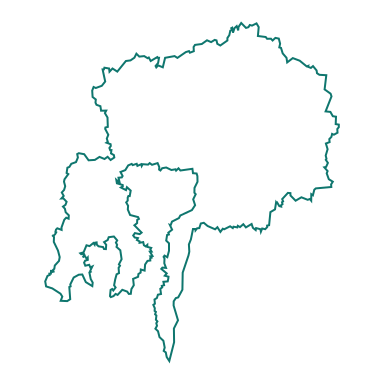 the district of Valparaíso, Zacatecas, Mexico
{"feature_id": "50627088B82719227645546", "entity_name": "Valparaíso", "entity_type": "district", "adm_level": 2, "iso_a3": "MEX", "parent_name": "Mexico", "parent_adm1": "Zacatecas", "projection": "equal_earth", "projection_center": [-103.872, 22.665], "detail": "fine", "context": "isolated", "style": "outline", "palette": "teal", "viewbox_px": 384, "rotation_deg": 0, "n_neighbors": 0, "source": "geoboundaries", "source_scale": "gbopen_adm2", "svg_char_len": 5901}
<svg xmlns="http://www.w3.org/2000/svg" viewBox="0 0 384 384"><path d="M47.5,275.9L45.2,281.4L46.1,286.4L52.3,288.4L60.5,293.7L62.3,296.6L60.7,300.8L67.2,301.1L70.2,299.2L69.3,287.0L70.6,286.4L70.3,284.4L73.7,277.5L78.8,274.7L82.3,274.5L85.8,282.1L92.3,286.1L92.7,282.6L90.7,279.0L89.4,272.5L90.7,271.8L90.1,271.1L92.3,266.5L90.3,267.4L89.2,264.8L85.3,265.7L84.1,262.7L85.1,260.7L87.8,259.9L87.7,257.6L87.3,258.1L86.6,258.7L84.7,255.7L82.8,257.4L84.3,254.5L83.8,253.7L81.2,254.2L80.3,253.3L83.6,252.3L86.5,245.3L89.6,246.1L93.4,243.0L94.6,244.7L95.0,242.7L96.6,242.4L96.8,244.6L98.5,246.3L103.1,247.1L104.0,249.0L105.9,249.1L106.2,244.8L104.1,242.1L107.7,240.0L108.7,237.2L113.9,236.5L117.2,240.4L115.9,242.6L117.1,244.8L116.5,246.9L120.3,250.3L121.6,259.2L118.9,264.4L120.0,265.7L118.6,267.8L119.0,273.1L116.6,274.3L115.2,279.4L114.1,285.3L115.6,287.5L113.3,290.5L112.2,289.0L110.6,289.9L110.0,296.1L110.8,297.1L113.5,296.1L115.6,293.9L117.6,294.9L122.3,289.8L127.2,291.6L128.8,293.9L130.8,293.8L131.4,289.1L133.8,285.2L133.1,278.9L138.1,276.8L138.4,274.0L140.6,272.6L140.8,269.5L144.6,270.6L145.1,264.5L147.5,260.9L150.3,260.5L150.2,258.2L151.5,257.7L150.4,256.3L152.5,256.0L149.9,251.7L151.6,251.6L150.3,249.5L151.2,247.9L147.3,246.9L147.3,244.9L145.7,246.4L143.9,245.2L143.2,242.1L139.5,242.8L139.6,241.4L136.9,240.0L137.9,238.1L134.7,237.5L133.2,235.5L134.9,233.1L139.7,234.1L141.6,232.6L134.4,225.3L137.1,223.1L137.2,219.9L138.9,218.9L138.1,217.1L130.1,215.0L127.8,209.5L128.1,205.8L126.2,202.4L127.7,200.6L127.7,197.6L128.4,196.0L129.7,196.1L130.7,190.6L126.9,187.2L126.0,190.1L120.9,187.5L122.8,186.3L122.7,185.0L116.9,183.3L116.3,179.8L119.7,182.8L118.5,177.7L121.8,177.4L122.6,176.0L120.5,172.0L125.3,170.1L128.2,165.4L131.7,163.9L132.7,165.1L136.7,163.8L137.4,165.9L141.2,164.2L141.7,166.0L142.7,164.2L148.1,164.6L149.7,163.1L152.0,164.8L157.6,163.1L159.3,167.1L159.1,169.6L160.4,170.5L162.2,168.2L166.2,167.5L171.4,170.0L175.5,169.3L176.1,170.6L178.5,168.3L180.4,170.5L192.4,168.8L193.0,173.2L196.6,173.5L197.4,176.1L197.5,181.8L194.5,187.9L194.4,192.7L195.7,194.2L193.2,199.3L195.1,205.2L191.9,210.1L180.3,215.5L178.9,218.1L172.0,221.6L170.6,225.3L169.9,225.0L172.1,229.7L168.3,232.7L168.9,234.5L167.1,235.0L166.2,240.6L169.0,243.3L169.0,250.8L167.3,257.2L164.5,255.6L163.6,256.9L164.5,258.5L164.3,263.3L166.0,267.9L162.4,267.6L161.3,268.9L166.7,273.4L164.8,275.7L168.5,276.7L168.3,278.6L167.7,281.4L163.4,281.8L164.1,285.2L161.8,285.9L162.2,287.4L160.3,288.8L161.0,294.0L157.9,294.7L156.9,298.0L154.5,299.5L154.9,303.7L153.3,304.9L154.8,308.2L154.6,310.9L155.9,311.9L155.1,314.3L156.4,315.5L155.9,319.7L157.4,321.4L156.3,323.2L157.0,325.8L155.4,328.7L158.0,331.2L159.5,337.1L163.4,340.8L164.7,347.6L163.7,350.9L165.8,352.4L166.7,357.0L169.3,361.0L174.1,342.2L173.9,328.5L178.0,320.3L173.6,305.5L173.7,301.3L175.8,298.1L178.2,297.4L182.4,289.7L182.7,272.6L188.5,255.4L189.3,251.7L188.9,244.4L190.9,239.4L193.0,229.0L195.3,229.0L195.5,230.4L197.1,228.3L199.3,228.1L200.8,223.5L203.8,222.8L207.6,226.0L215.1,229.3L217.4,227.2L220.4,231.9L222.8,228.7L224.1,229.3L230.1,226.3L232.8,228.1L233.5,226.7L237.3,227.4L237.8,225.8L240.0,227.1L243.3,224.2L245.9,227.4L251.6,224.0L252.9,227.8L255.7,230.1L256.1,228.1L260.4,229.2L260.9,231.7L262.2,228.5L265.2,229.2L267.2,227.1L267.1,225.6L269.1,225.2L270.4,212.1L275.0,209.4L276.1,202.3L277.2,204.0L276.6,201.6L279.3,206.1L281.2,206.6L281.0,205.3L282.5,204.2L282.0,202.2L283.1,201.4L282.2,199.1L287.9,192.9L290.4,193.1L290.5,195.5L295.6,200.7L301.4,197.3L307.7,199.8L309.8,199.0L311.2,200.7L311.3,194.2L312.9,195.3L314.3,189.7L315.8,188.4L331.3,187.0L331.1,184.4L332.8,181.7L328.8,179.2L326.7,173.3L327.6,171.1L324.3,167.3L326.1,166.9L327.9,162.9L325.8,159.8L326.5,158.8L325.7,155.6L327.6,149.2L325.9,143.5L329.6,142.1L329.3,139.1L331.4,136.9L332.1,133.9L333.9,134.7L337.5,132.7L337.3,129.0L338.8,127.2L338.8,124.6L335.7,124.1L336.0,116.7L332.8,116.2L330.4,111.9L325.6,111.4L331.5,96.4L330.6,93.7L324.6,89.4L326.3,75.2L319.4,74.8L317.0,73.2L316.6,70.5L313.0,66.1L310.9,67.9L307.8,66.7L308.1,65.9L306.7,66.4L299.7,60.7L292.8,58.1L287.2,62.4L286.5,57.8L282.7,53.4L281.0,47.9L279.3,47.4L280.1,43.7L278.8,38.6L275.4,37.9L272.6,40.5L270.9,38.7L267.1,38.8L265.7,37.0L257.9,36.0L258.7,27.1L256.5,23.4L252.0,25.6L249.8,25.0L248.4,27.2L246.0,27.9L241.2,23.0L238.5,27.0L238.2,30.4L236.7,26.1L234.5,28.1L233.0,32.7L232.2,27.7L231.3,28.2L232.2,29.8L230.3,30.7L229.3,35.2L227.4,38.0L227.4,40.5L220.3,45.5L217.3,43.8L216.5,40.4L214.7,39.9L211.1,42.1L207.0,40.3L201.8,44.0L195.0,44.9L193.6,47.0L193.8,51.2L189.9,52.7L189.0,51.1L185.8,52.1L177.4,57.9L174.6,56.1L165.1,57.8L162.8,67.3L158.2,65.4L156.3,67.4L155.6,66.0L158.1,63.0L159.0,57.8L156.8,57.8L158.1,56.6L150.7,61.0L148.8,57.5L147.6,58.2L144.2,56.1L139.3,56.6L136.4,53.7L134.4,57.7L130.5,60.4L125.9,61.0L117.3,71.6L112.5,68.5L109.5,71.7L109.1,68.5L104.4,67.7L103.9,69.4L102.6,69.4L105.2,81.5L101.8,85.8L95.8,88.0L93.6,87.0L92.2,90.6L92.6,97.0L95.8,99.5L95.5,102.7L96.5,104.8L100.4,106.2L101.1,110.7L106.2,110.6L104.9,113.1L107.5,117.5L107.8,126.9L105.4,127.5L105.2,128.9L108.3,134.8L106.8,138.6L107.8,141.8L106.5,142.7L110.6,144.2L110.8,146.0L109.4,148.0L110.2,150.2L111.4,150.1L111.0,153.4L113.9,155.1L114.3,157.5L110.6,160.0L107.6,156.8L104.5,159.0L99.5,156.9L94.9,159.9L88.6,160.3L84.2,154.2L78.8,153.2L77.2,154.1L77.9,157.5L76.0,162.1L71.3,163.8L69.4,166.9L67.4,167.7L66.6,173.0L68.3,174.1L64.5,179.3L64.0,181.7L65.2,186.2L64.1,189.9L61.8,192.5L63.7,195.9L61.4,198.5L63.4,198.4L66.6,201.8L65.5,204.8L63.0,206.6L64.9,208.7L65.7,212.3L68.8,215.3L68.6,218.7L66.2,217.7L64.3,219.7L61.5,227.5L61.6,229.9L57.3,228.3L56.0,229.6L55.4,231.9L56.2,232.3L55.2,234.1L53.4,235.9L52.2,235.2L54.0,237.0L53.8,241.9L58.0,250.6L59.7,257.1L59.0,260.9L54.8,265.5L54.3,268.8L53.1,269.9L53.6,271.6L51.3,272.2L51.3,270.9L51.0,270.9L50.9,273.6L49.4,273.7L49.7,274.9L47.5,275.9Z" fill="none" stroke="#0f766e" stroke-width="2"/></svg>